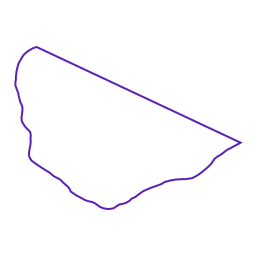 the district of South Huvadhoo, Maldives
{"feature_id": "70690204B13652617140021", "entity_name": "South Huvadhoo", "entity_type": "district", "adm_level": 2, "iso_a3": "MDV", "parent_name": "Maldives", "parent_adm1": "", "projection": "orthographic", "projection_center": [73.171, 0.377], "detail": "fine", "context": "isolated", "style": "outline", "palette": "violet", "viewbox_px": 256, "rotation_deg": 0, "n_neighbors": 0, "source": "geoboundaries", "source_scale": "gbopen_adm2", "svg_char_len": 1522}
<svg xmlns="http://www.w3.org/2000/svg" viewBox="0 0 256 256"><path d="M36.6,47.0L33.2,48.1L30.3,49.7L27.3,51.6L23.8,54.7L22.6,56.5L21.7,58.0L20.0,60.8L19.1,62.4L18.4,64.1L17.7,66.6L17.2,68.3L16.5,71.5L16.4,73.1L16.0,75.3L15.9,76.7L15.9,79.4L15.4,82.3L15.4,85.4L16.3,88.0L17.2,90.4L18.0,92.4L18.4,93.9L18.8,96.3L19.4,98.4L19.9,100.6L20.6,102.8L21.8,105.3L22.4,107.3L22.4,108.6L22.4,110.6L22.1,113.5L21.8,115.6L21.5,118.0L21.8,120.8L22.8,123.2L23.9,124.8L25.0,126.4L26.2,127.9L28.5,130.1L30.2,132.1L30.8,135.3L30.5,138.6L30.7,141.8L30.4,145.1L29.9,147.5L29.3,150.6L29.0,153.2L29.1,155.9L29.9,158.1L31.6,160.7L33.5,162.1L35.3,163.4L37.3,164.8L40.3,166.8L43.2,168.7L45.1,169.9L47.9,171.6L49.8,172.8L52.1,174.8L54.5,176.6L57.9,178.3L60.3,179.7L63.2,182.6L66.0,185.1L67.9,186.7L69.7,189.1L70.8,191.6L76.0,195.2L78.8,196.7L81.5,198.1L83.7,199.4L85.5,200.3L89.2,201.4L92.3,202.0L95.1,203.4L97.8,205.3L99.9,206.8L103.1,208.2L107.5,209.0L110.9,208.8L113.9,208.1L116.6,206.2L119.3,204.5L122.8,203.8L125.9,202.9L129.8,200.6L131.6,198.6L135.1,197.1L138.8,194.3L142.8,191.4L146.7,189.6L151.4,187.6L158.1,185.3L162.1,183.7L164.4,182.1L169.8,180.6L175.1,179.6L178.2,179.4L181.2,179.2L185.9,179.1L191.9,178.2L195.6,176.4L198.7,174.5L201.1,172.7L204.9,169.7L208.3,166.7L210.9,164.1L212.5,161.9L213.6,160.2L214.9,158.5L217.4,156.6L220.8,154.6L223.9,152.3L226.4,150.4L228.4,149.1L230.8,148.0L232.8,146.9L235.6,145.4L236.7,144.8L237.9,144.2L238.8,143.7L239.9,143.1L240.6,142.7L36.6,47.0Z" fill="none" stroke="#5b21b6" stroke-width="2"/></svg>